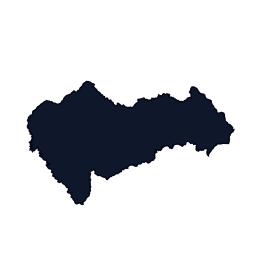 Marañon, Huánuco, Peru, rotated 161°
{"feature_id": "86281439B56657051022034", "entity_name": "Marañon", "entity_type": "district", "adm_level": 2, "iso_a3": "PER", "parent_name": "Peru", "parent_adm1": "Huánuco", "projection": "mercator", "projection_center": [-76.725, -8.733], "detail": "fine", "context": "isolated", "style": "filled", "palette": "ink", "viewbox_px": 256, "rotation_deg": 161, "n_neighbors": 0, "source": "geoboundaries", "source_scale": "gbopen_adm2", "svg_char_len": 5808}
<svg xmlns="http://www.w3.org/2000/svg" viewBox="0 0 256 256"><g transform="rotate(161 128 128)"><path d="M177.4,177.8L179.0,176.7L180.6,174.7L181.6,174.9L183.4,173.2L184.1,173.1L187.2,173.3L189.0,175.1L191.0,176.2L191.4,177.2L192.1,177.9L193.6,178.0L193.7,179.0L195.0,179.3L195.9,180.3L198.6,180.0L199.6,179.5L203.1,178.6L203.4,177.9L204.6,177.9L205.8,177.2L206.5,177.4L207.1,176.7L208.0,176.5L208.1,175.9L209.2,175.2L209.7,175.5L210.6,174.9L211.7,175.0L212.5,174.6L214.1,171.4L214.5,171.3L215.2,171.7L216.4,171.6L216.5,170.7L218.5,170.5L218.7,169.5L220.4,168.0L220.5,167.1L219.9,166.3L220.2,165.5L221.8,162.5L222.1,162.4L222.2,162.8L222.5,162.5L222.7,161.0L221.9,160.8L221.3,160.1L222.1,159.8L221.4,158.8L222.1,157.9L222.3,156.7L221.4,155.6L222.2,154.4L221.3,154.3L221.5,153.7L220.9,153.2L220.9,151.4L221.1,151.3L221.4,151.6L221.9,151.0L221.4,150.6L221.7,148.7L222.2,148.9L222.7,148.4L222.4,148.1L223.2,147.4L224.7,146.9L224.2,146.4L224.3,146.1L225.6,146.2L225.4,145.8L224.7,145.8L225.1,144.9L224.5,144.2L225.6,144.4L225.7,143.5L225.4,142.9L226.0,142.6L225.2,142.4L225.0,141.6L226.2,141.4L227.0,140.4L226.3,140.2L226.2,139.9L227.4,139.2L226.4,138.9L226.0,138.1L226.0,136.9L224.7,137.6L224.5,138.1L224.3,137.4L223.7,137.2L223.5,138.2L221.4,138.4L220.3,139.3L219.3,138.8L220.0,136.3L218.4,134.3L218.6,133.8L219.7,133.4L220.1,132.9L219.5,132.3L218.2,132.1L217.8,131.3L218.2,130.9L219.2,131.3L220.1,131.0L220.5,130.7L220.6,130.4L218.4,127.7L218.2,126.2L217.7,125.3L215.5,123.8L215.4,123.2L216.0,121.9L215.9,120.4L215.4,120.1L214.3,120.5L213.6,120.0L213.7,119.4L214.5,119.0L216.7,120.0L217.3,119.6L216.3,116.0L215.6,115.1L213.7,114.0L213.5,113.4L213.7,112.4L214.6,111.1L214.4,110.7L213.5,110.2L213.3,109.2L214.7,107.2L212.7,105.3L213.2,104.2L212.8,103.5L210.6,101.9L210.7,101.3L211.7,100.4L211.4,99.6L210.4,98.8L209.9,98.8L208.6,99.6L207.7,99.6L208.0,98.1L207.8,97.0L205.9,94.8L205.2,91.9L203.7,90.9L204.5,88.5L206.0,87.4L205.6,86.3L204.1,85.4L203.1,82.9L203.1,82.3L203.9,81.8L204.1,81.1L203.0,79.7L203.1,78.2L202.2,76.5L202.3,74.3L201.5,73.3L200.7,73.0L198.1,73.1L196.9,71.3L196.2,70.7L195.4,70.6L194.6,72.7L192.2,73.4L190.3,75.3L189.4,75.9L187.3,76.5L185.9,78.3L185.4,79.9L184.0,81.1L183.9,82.3L183.2,83.9L182.5,84.6L182.5,86.2L181.7,88.3L181.6,89.6L180.2,91.4L180.6,92.8L180.0,94.5L178.4,96.9L178.7,98.9L174.0,100.0L173.5,99.9L173.5,98.9L172.9,97.9L173.9,95.9L173.6,95.3L173.2,95.0L171.8,92.8L170.9,92.9L170.0,92.5L167.5,89.9L165.7,88.8L164.7,87.1L164.9,86.4L164.3,86.1L161.0,87.9L159.5,87.7L158.0,88.3L156.3,88.0L154.7,88.7L153.6,88.7L152.7,88.3L152.5,88.9L151.5,88.6L149.2,89.3L148.6,89.1L148.4,89.7L147.4,90.7L145.7,90.2L145.2,90.7L143.4,91.1L142.9,90.5L141.3,90.2L141.0,91.4L139.6,92.0L137.9,92.3L135.3,91.4L134.0,89.9L132.5,89.2L132.0,89.2L130.2,90.9L127.8,90.0L125.4,91.3L123.8,90.3L122.5,90.8L121.6,90.7L120.5,88.5L119.1,88.4L116.5,89.6L115.8,89.8L114.9,89.4L114.3,89.5L113.2,90.6L112.3,91.0L112.3,92.3L111.8,92.9L111.6,94.6L110.6,95.5L108.8,95.9L108.7,97.9L108.4,98.3L107.3,97.9L106.6,96.9L105.0,96.9L104.4,96.3L102.9,97.5L103.0,98.5L102.7,98.7L101.7,98.2L99.3,99.0L95.9,98.4L95.7,97.6L94.7,96.6L95.1,95.7L94.0,95.2L93.6,94.6L92.7,94.6L92.2,94.9L91.8,95.8L90.8,96.3L90.4,97.1L88.6,97.3L85.5,96.4L82.5,93.2L80.5,94.1L79.1,93.8L78.4,94.5L78.0,96.0L75.8,96.1L74.7,95.3L74.6,94.6L73.9,94.1L73.8,93.2L71.5,92.7L71.2,92.5L71.2,91.2L69.7,91.1L68.4,89.5L68.6,88.8L69.5,88.3L69.6,86.9L70.5,86.0L70.4,84.7L70.1,84.2L68.7,83.3L66.7,84.4L66.4,83.5L65.4,82.9L64.8,83.1L63.7,82.7L63.4,83.4L62.8,83.6L59.9,83.0L59.5,82.1L60.1,81.3L60.2,80.5L61.1,79.8L61.5,78.3L61.5,76.7L61.0,75.8L60.8,76.4L59.2,78.0L56.8,79.5L55.9,80.5L53.9,81.2L52.5,82.7L50.5,82.9L48.9,83.9L46.8,83.4L45.7,82.9L43.3,82.7L38.0,80.7L37.7,81.4L36.8,82.1L36.5,83.3L35.7,84.7L35.7,85.9L34.7,87.5L33.9,88.0L32.9,89.5L32.4,89.5L31.8,90.2L30.1,90.3L28.8,91.6L28.6,91.9L29.5,91.9L29.8,92.7L29.0,94.3L29.3,95.2L29.9,95.8L29.8,96.5L30.8,98.2L32.4,99.1L32.3,100.6L33.7,102.5L33.8,103.7L33.2,105.6L33.4,107.0L32.9,107.8L33.2,108.5L32.6,109.2L32.8,110.9L34.3,112.2L37.1,112.3L38.7,113.0L39.0,114.2L38.7,114.8L38.6,116.3L40.2,119.1L40.1,119.9L40.5,120.9L40.3,121.7L41.2,122.6L40.9,124.0L41.2,125.5L40.6,126.0L40.8,127.0L43.6,129.4L44.5,129.8L45.2,133.4L44.8,134.1L45.2,134.2L45.6,135.3L48.3,136.8L49.3,138.9L50.1,142.6L52.0,145.0L54.0,145.9L55.6,144.9L56.3,143.3L58.1,141.9L57.2,139.6L58.5,135.9L59.9,136.7L62.2,136.7L63.2,135.6L66.0,135.3L66.7,134.1L68.8,135.7L70.1,135.4L70.4,136.2L71.3,136.4L71.4,137.5L72.5,137.7L73.9,140.0L74.9,140.4L75.0,141.2L75.5,141.9L76.5,142.0L76.6,142.8L78.5,143.5L78.8,144.0L78.5,145.4L78.0,145.7L78.0,146.1L80.3,147.6L81.6,147.2L83.0,148.7L84.2,148.5L85.0,147.4L85.6,147.3L87.2,148.1L88.3,149.2L88.8,148.1L89.5,147.7L90.3,146.7L90.9,146.4L91.9,147.2L93.2,147.1L95.7,148.2L97.0,146.5L98.1,147.3L99.5,147.3L101.0,148.9L101.8,149.1L102.6,148.8L103.0,150.8L103.3,151.1L107.0,151.2L109.0,151.7L109.6,151.2L109.4,150.1L109.9,149.1L112.5,148.5L112.9,148.0L114.2,147.6L115.9,146.1L117.9,145.8L118.8,146.9L120.1,146.8L121.1,147.4L122.4,147.5L123.0,148.4L123.9,148.9L124.2,149.8L125.0,151.2L125.9,150.3L126.9,150.6L128.1,152.9L129.5,154.7L130.0,154.5L130.2,153.9L131.3,152.6L131.9,152.5L132.6,153.1L134.2,155.3L133.8,156.3L134.3,157.3L135.1,157.9L135.1,158.7L135.5,159.3L135.4,160.0L136.4,159.9L137.3,160.5L137.7,161.1L137.7,162.4L138.1,163.1L139.7,163.2L140.4,163.6L140.7,164.4L140.1,165.3L141.3,166.2L141.6,166.8L141.5,167.5L142.5,168.1L143.4,170.7L145.2,173.0L145.3,174.7L146.0,175.4L146.7,177.3L148.0,178.4L146.9,178.8L145.8,180.2L146.4,180.9L147.4,181.3L148.7,183.4L150.5,184.8L152.3,185.4L155.9,184.3L157.7,182.4L160.1,181.4L161.9,179.5L162.3,179.3L163.2,179.6L165.1,178.3L166.1,179.2L166.9,180.5L167.4,180.6L169.1,179.6L169.8,179.6L170.9,178.6L175.5,178.6L177.4,177.8Z" fill="#0f172a" stroke="#020617" stroke-width="1.5"/></g></svg>